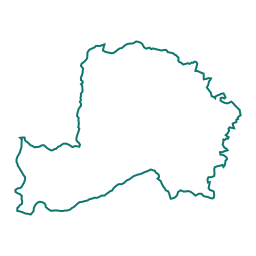 Hidrolândia, Goiás, Brazil (orthographic projection)
{"feature_id": "56859067B83720633182339", "entity_name": "Hidrolândia", "entity_type": "district", "adm_level": 2, "iso_a3": "BRA", "parent_name": "Brazil", "parent_adm1": "Goiás", "projection": "orthographic", "projection_center": [-49.268, -17.006], "detail": "fine", "context": "isolated", "style": "outline", "palette": "teal", "viewbox_px": 256, "rotation_deg": 0, "n_neighbors": 0, "source": "geoboundaries", "source_scale": "gbopen_adm2", "svg_char_len": 4481}
<svg xmlns="http://www.w3.org/2000/svg" viewBox="0 0 256 256"><path d="M80.9,65.8L83.1,68.6L82.7,71.3L82.6,73.1L81.9,75.5L80.9,77.4L81.0,80.1L82.6,81.3L82.6,82.9L81.0,84.2L82.2,85.6L82.4,88.4L82.6,91.4L80.8,93.8L81.0,95.7L80.5,98.2L80.9,99.9L79.9,101.8L80.8,103.3L81.1,105.6L78.8,108.5L78.1,111.0L77.4,113.3L77.0,115.9L78.7,117.9L78.4,119.9L78.8,122.9L78.7,125.3L78.2,127.1L79.3,128.6L78.8,130.7L77.4,134.7L76.6,137.1L76.3,139.9L77.4,141.6L78.7,142.6L80.0,144.7L79.3,146.7L77.2,146.3L75.0,146.1L72.4,147.1L69.6,145.2L67.1,143.9L65.3,143.6L63.2,143.8L61.5,144.9L60.2,146.0L58.2,146.7L56.1,148.8L54.4,149.1L52.4,150.4L50.5,150.2L48.2,148.8L46.3,147.4L45.1,146.1L43.5,145.1L41.1,145.6L39.6,146.7L34.5,147.3L32.7,146.1L30.3,145.1L28.3,142.9L26.1,141.4L24.9,140.0L24.6,137.6L22.6,137.5L20.2,137.8L21.8,139.6L21.5,144.4L21.5,146.2L21.1,148.5L20.3,150.6L19.9,152.4L18.6,154.7L17.4,156.8L16.6,159.1L16.5,162.1L17.4,163.5L17.8,165.8L19.1,167.5L20.0,169.3L21.6,171.8L22.8,174.0L23.8,175.5L24.9,176.8L25.1,178.8L24.7,180.8L24.0,182.7L22.7,184.9L21.8,186.7L20.1,188.1L17.8,188.4L15.5,189.8L15.4,191.8L17.2,193.0L20.4,194.5L21.9,196.0L21.5,198.9L22.2,201.3L22.0,203.8L19.8,205.2L18.7,206.8L17.3,208.1L17.3,210.9L19.4,211.3L22.4,212.2L25.6,213.6L27.4,213.7L30.8,214.5L33.6,211.0L33.8,208.3L34.5,206.7L35.3,205.0L37.1,202.9L39.6,201.8L42.1,202.2L44.1,203.0L45.5,204.8L45.7,206.9L47.7,208.7L49.8,210.1L51.2,210.9L52.8,210.6L56.0,210.4L58.2,210.6L60.7,211.0L62.9,211.0L64.8,210.5L67.0,210.5L68.6,210.1L70.2,209.5L71.9,208.0L73.7,207.1L75.6,205.5L77.3,203.8L79.5,202.2L82.2,201.8L85.7,200.9L87.4,200.5L89.8,199.1L92.5,198.5L94.3,197.7L96.8,197.9L99.0,197.1L101.6,195.6L103.2,195.6L104.8,195.5L106.1,194.1L108.2,192.8L110.0,191.3L112.2,190.5L113.3,188.6L114.5,187.2L115.8,186.1L118.6,184.2L121.5,184.2L123.9,183.1L125.3,181.7L127.3,180.1L129.3,179.4L132.0,177.3L134.0,176.0L137.1,174.9L138.8,174.3L140.4,174.1L142.9,173.0L144.8,172.0L147.1,171.3L148.9,170.5L150.7,169.5L155.0,170.9L155.7,172.5L157.3,173.5L158.8,175.0L159.0,177.2L157.5,178.6L159.2,179.9L160.9,181.3L161.4,182.8L162.1,184.3L163.2,186.4L165.0,188.7L165.6,190.2L168.2,191.4L169.2,193.5L169.6,195.2L170.7,198.7L172.7,198.4L174.5,197.7L176.0,196.5L177.2,195.0L178.0,192.1L180.6,190.3L183.4,191.5L185.4,191.5L187.9,191.1L190.3,191.6L192.2,192.9L194.2,194.4L195.3,195.6L197.6,194.5L199.0,193.7L201.6,193.8L203.2,195.8L204.5,196.4L208.1,197.0L209.7,197.9L212.3,198.5L213.8,197.7L214.2,195.1L213.9,192.0L212.9,190.9L211.2,190.5L209.6,189.7L208.6,188.0L209.3,184.8L209.8,182.1L207.9,182.5L207.5,179.2L208.5,177.2L211.4,177.2L214.2,176.0L214.5,174.1L214.2,168.8L214.8,167.2L217.1,166.3L219.1,165.9L220.7,165.5L222.5,164.9L223.4,166.9L224.7,165.3L225.4,162.3L225.5,160.6L227.1,159.2L226.6,157.5L224.3,155.6L222.9,154.9L220.4,154.6L220.0,152.2L222.5,152.1L224.4,151.2L227.6,150.3L226.4,148.7L224.9,147.9L223.9,146.9L222.6,144.4L223.3,142.3L223.4,139.5L224.9,139.9L226.3,138.5L228.0,138.7L228.6,137.1L226.9,136.1L225.7,135.1L227.7,133.3L229.1,130.6L228.5,128.6L229.6,127.3L231.9,127.9L234.1,128.3L233.1,125.6L232.7,123.6L234.1,122.8L236.3,122.2L236.4,119.6L238.1,119.0L237.8,117.4L239.0,116.3L240.6,115.3L239.9,111.8L239.7,110.0L238.5,108.9L236.9,107.4L235.8,106.2L234.5,104.9L233.5,103.6L231.4,101.6L229.8,102.4L227.4,103.4L225.1,103.0L222.9,102.1L220.5,100.6L220.7,98.0L222.4,97.6L224.4,98.5L225.5,97.5L224.6,95.3L223.5,93.4L221.3,93.7L219.5,94.7L217.5,95.4L215.4,96.6L215.2,98.2L213.7,96.9L211.7,96.3L211.2,94.3L210.9,92.8L209.8,91.5L208.9,90.1L206.8,87.5L208.3,84.8L208.9,81.6L210.2,80.0L211.0,78.4L208.3,78.1L206.4,78.9L203.8,79.3L203.7,76.8L203.6,73.6L201.6,72.9L199.6,72.0L197.8,71.1L195.4,70.9L197.3,63.9L196.3,62.1L194.7,61.6L193.2,62.8L191.6,62.6L189.6,63.9L187.6,63.2L185.6,63.9L183.1,64.5L181.4,62.8L179.4,62.1L178.2,60.7L178.6,59.1L178.4,57.4L177.0,56.4L176.1,55.2L174.5,54.6L173.1,53.2L171.1,52.9L169.5,52.4L167.8,52.2L166.9,50.7L165.7,49.8L163.7,50.1L161.0,50.5L158.5,49.7L156.4,49.4L154.5,48.7L152.6,48.5L151.1,49.2L149.7,47.7L148.0,48.0L146.3,48.7L144.2,47.5L143.2,45.8L142.3,44.0L140.6,42.7L138.2,41.8L136.1,41.5L134.5,42.6L132.4,43.5L130.2,43.6L128.2,43.8L125.7,44.8L123.8,46.4L122.1,47.9L119.7,48.5L117.9,49.6L116.6,50.7L115.2,51.9L113.2,53.1L110.9,53.2L109.4,52.7L107.8,52.5L105.7,52.0L104.4,51.3L102.9,50.4L104.4,44.4L102.2,45.2L100.4,45.9L98.2,46.0L96.1,45.8L94.4,47.5L91.9,48.5L89.2,49.9L88.0,51.6L87.3,53.2L87.4,55.9L87.1,58.3L85.7,60.2L83.9,62.1L81.7,63.5L80.9,65.8Z" fill="none" stroke="#0f766e" stroke-width="2"/></svg>